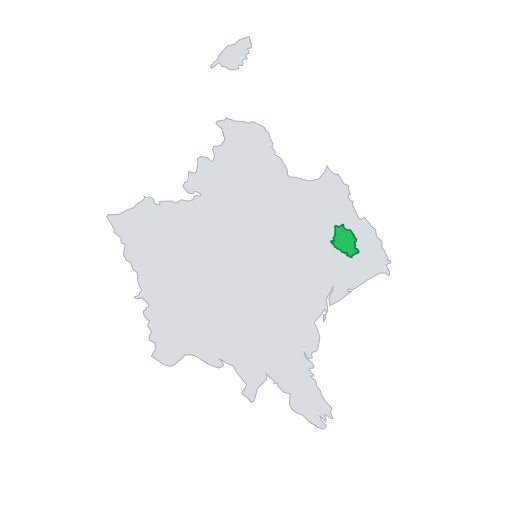 Gers highlighted on a map of France, rotated 227°
{"feature_id": "FRA-5294", "entity_name": "Gers", "entity_type": "Metropolitan department", "adm_level": 1, "iso_a3": "FRA", "parent_name": "France", "parent_adm1": "", "projection": "robinson", "projection_center": [0.302, 43.692], "detail": "fine", "context": "in_parent", "style": "filled", "palette": "green", "viewbox_px": 512, "rotation_deg": 227, "n_neighbors": 0, "source": "natural_earth", "source_scale": "10m", "svg_char_len": 6112}
<svg xmlns="http://www.w3.org/2000/svg" viewBox="0 0 512 512"><g transform="rotate(227 256 256)"><path d="M375.9,214.8L373.1,216.1L371.4,218.9L369.6,219.5L366.3,219.5L364.6,217.8L360.7,218.9L359.1,220.7L361.6,222.8L353.9,231.6L349.0,233.9L348.1,239.7L342.3,244.0L340.2,248.5L340.0,249.4L341.6,250.9L341.0,253.8L338.0,255.7L338.1,257.6L339.0,257.9L343.5,256.4L345.3,254.6L344.3,252.2L348.8,249.3L357.1,250.0L358.2,254.0L357.3,257.2L363.5,264.3L358.4,267.6L358.2,269.8L363.7,277.0L367.2,279.9L365.6,284.7L360.0,287.8L356.4,287.6L354.8,288.3L355.1,289.8L357.7,294.2L363.9,297.1L364.9,300.4L363.3,301.6L360.6,306.6L361.9,309.1L361.5,310.2L362.1,311.9L363.8,313.5L372.4,317.8L380.1,317.0L381.2,319.5L376.7,326.0L377.0,329.0L374.7,329.0L374.3,330.1L369.6,332.2L362.1,338.9L358.5,340.8L357.2,344.2L355.1,346.1L344.1,349.9L342.0,349.0L336.6,349.1L333.2,346.7L326.7,345.2L324.6,341.7L318.5,341.0L318.1,338.7L309.7,340.8L297.8,337.6L293.6,334.2L290.1,335.1L287.1,338.2L274.4,346.3L269.5,354.6L270.6,364.4L273.6,369.2L265.7,368.5L261.1,369.9L259.9,372.0L248.9,369.5L244.8,371.6L243.6,371.4L242.2,369.4L236.7,367.0L237.6,365.4L236.8,364.0L231.7,362.8L229.9,364.3L228.0,361.4L213.7,357.0L211.4,357.0L210.5,361.4L201.3,361.3L199.9,360.5L194.0,361.5L187.7,357.3L180.7,358.1L176.4,353.9L172.3,353.6L166.4,351.5L163.7,350.3L163.4,349.0L161.6,351.0L159.4,350.5L158.9,349.9L160.4,347.6L160.7,344.9L153.3,342.8L151.4,340.9L151.4,339.8L155.4,338.9L159.0,335.1L162.4,321.4L165.0,305.1L166.8,302.0L169.1,301.2L167.3,299.0L165.0,301.9L166.5,287.1L169.2,276.0L175.3,280.5L176.7,282.5L178.5,289.1L181.9,291.8L179.7,289.2L177.5,280.4L176.1,277.9L166.4,270.6L166.1,268.9L170.4,269.8L168.7,264.3L167.8,252.9L161.9,251.7L152.5,246.8L146.1,238.0L145.4,234.8L147.2,231.3L145.7,229.1L143.0,227.6L145.1,224.6L147.0,224.3L153.8,226.0L148.3,223.2L139.3,224.1L135.7,223.1L135.1,221.1L137.6,218.4L134.6,216.7L129.5,217.1L128.9,216.4L130.4,214.5L129.1,213.8L124.9,214.5L122.6,213.9L120.4,211.8L113.6,211.3L112.1,210.0L102.9,207.5L93.1,207.9L90.5,203.6L84.6,201.5L85.8,200.1L91.8,198.9L93.0,197.6L88.7,195.9L87.2,194.1L95.1,193.7L91.6,191.8L83.9,191.9L82.9,189.3L84.0,186.6L88.5,184.3L99.7,181.7L107.8,181.6L113.6,178.5L119.3,177.7L124.6,179.2L131.8,186.7L137.7,183.4L146.3,183.5L148.1,185.4L150.4,182.0L152.3,183.9L162.9,183.3L160.4,181.9L158.5,178.7L158.2,166.9L152.8,158.4L151.5,155.3L151.9,152.6L158.2,153.1L163.4,151.9L165.9,152.7L166.5,158.2L168.6,161.4L183.1,162.4L191.5,164.1L198.5,161.0L205.1,159.6L205.6,158.9L201.8,159.2L198.4,157.8L197.9,156.4L199.7,152.1L209.7,147.3L224.4,143.3L228.2,140.7L232.5,135.9L231.5,134.7L232.1,121.7L234.2,117.4L239.7,114.4L253.9,111.3L255.7,115.4L255.6,117.7L259.5,121.4L261.3,122.5L267.5,120.5L270.6,123.9L271.5,127.7L279.0,129.3L281.3,134.3L282.7,133.2L287.4,133.4L289.6,133.9L292.7,136.1L291.8,139.0L293.2,140.5L292.0,143.2L292.9,144.4L301.5,144.4L304.1,143.2L305.2,140.4L307.8,138.8L308.8,139.3L307.2,144.4L308.5,145.8L309.2,149.5L312.4,149.8L318.9,152.8L324.4,157.8L330.9,157.0L336.2,159.7L341.6,158.3L346.7,159.8L348.5,161.2L353.5,168.2L357.1,166.8L359.7,167.6L360.6,169.6L370.3,168.4L372.1,170.4L374.1,171.1L386.6,173.7L386.8,176.3L380.0,183.8L377.2,194.4L375.3,198.0L374.6,200.8L375.3,202.6L375.0,205.5L373.8,212.4L374.7,214.4L375.9,214.8ZM426.5,357.9L426.0,362.4L427.9,365.6L429.1,378.3L425.6,384.4L425.3,391.9L421.0,400.7L413.7,396.8L411.5,394.6L413.3,391.2L409.1,389.4L410.0,386.1L409.4,384.5L406.5,384.3L406.3,383.4L408.4,380.9L408.3,379.3L405.4,377.4L404.8,375.6L407.4,373.7L406.2,371.9L404.7,371.4L408.1,365.6L410.5,363.9L416.0,362.3L418.2,360.1L421.9,361.3L422.5,360.7L423.4,351.6L424.6,351.4L425.9,352.7L426.5,357.9ZM166.9,265.0L166.0,267.6L162.4,263.1L161.9,260.6L166.9,265.0Z" fill="#d9dde1" stroke="#a8b0b8" stroke-width="1"/><path d="M197.6,336.8L197.3,336.7L196.1,336.0L195.7,336.0L195.2,334.9L194.9,333.8L194.2,333.7L193.5,333.9L192.9,334.3L192.4,334.8L190.1,334.4L189.3,334.4L189.1,334.2L189.0,333.7L188.9,333.5L188.6,333.3L188.6,333.1L188.7,332.9L189.0,332.6L189.1,332.2L189.0,331.8L188.9,331.6L188.9,331.4L189.2,331.3L189.5,331.3L189.7,331.2L189.8,331.0L190.3,330.0L190.3,329.8L190.2,329.7L190.0,329.3L190.0,329.1L190.0,328.8L190.0,328.4L190.1,328.1L190.2,327.8L190.4,327.4L190.6,326.9L190.6,326.7L190.4,326.3L190.3,326.0L190.2,325.8L189.8,325.4L189.6,325.2L189.9,324.8L190.7,324.2L191.0,324.1L191.9,324.2L192.3,324.2L192.7,324.1L192.9,323.9L193.4,323.4L194.0,323.0L194.2,322.9L194.5,322.8L194.9,323.0L195.0,323.1L195.2,323.4L195.2,323.5L194.9,323.9L194.9,324.1L194.9,324.3L195.0,324.4L195.1,324.5L195.4,324.7L195.6,324.7L196.4,324.8L196.6,324.7L196.9,324.6L197.0,324.3L197.1,324.1L196.9,323.3L197.1,323.0L197.3,322.8L197.9,322.6L198.1,322.5L198.3,322.6L198.5,322.9L198.9,322.9L199.2,322.7L199.4,322.5L199.5,322.3L199.9,321.7L200.0,321.6L200.5,321.4L201.6,321.8L202.0,322.0L202.4,322.1L202.7,322.0L203.3,321.6L203.7,321.4L204.2,321.4L205.9,320.6L206.1,320.4L206.4,320.3L206.6,320.3L207.0,320.4L207.4,320.4L209.1,319.8L209.4,319.8L209.9,319.9L210.2,320.1L210.9,320.7L211.1,320.8L211.6,320.8L213.1,320.0L213.3,320.2L213.4,320.4L213.5,320.7L213.6,321.1L213.8,320.9L214.9,320.4L215.4,320.5L215.6,320.8L215.7,321.2L215.4,321.7L214.2,323.2L213.9,323.5L213.5,323.6L213.8,324.0L214.5,324.3L215.3,324.4L215.9,324.3L216.3,324.4L216.5,324.8L216.7,325.3L216.8,326.4L217.1,327.5L217.1,327.8L216.9,328.3L218.2,328.4L218.3,328.7L218.7,329.4L219.8,330.5L220.4,330.9L220.6,331.0L220.8,331.7L220.9,331.8L221.0,331.9L222.9,333.0L224.0,334.1L223.7,335.2L222.6,335.9L221.1,335.9L220.7,336.4L220.2,337.8L220.2,339.7L220.0,340.7L219.4,341.3L218.9,341.1L217.8,340.1L217.2,339.8L214.3,339.6L214.1,339.7L213.9,339.8L213.3,340.4L212.4,340.8L211.2,342.3L210.6,342.7L209.8,342.7L206.5,342.0L205.3,342.1L205.0,342.0L204.9,341.9L204.8,341.6L204.6,341.3L204.5,341.2L204.4,341.2L204.3,341.3L204.2,341.4L203.9,341.6L203.6,341.6L203.4,341.5L203.1,341.3L202.8,340.8L202.6,340.7L202.2,340.7L200.6,341.0L200.2,341.0L199.8,340.9L199.5,340.6L199.2,340.1L198.6,339.7L198.5,339.2L198.7,338.6L198.7,338.3L198.6,338.1L198.3,337.7L198.1,336.9L197.9,336.7L197.6,336.8Z" fill="#22c55e" stroke="#15803d" stroke-width="1.5"/></g></svg>